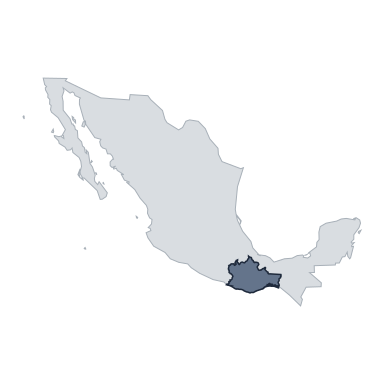 Mexico, with Oaxaca highlighted
{"feature_id": "MEX-2723", "entity_name": "Oaxaca", "entity_type": "State", "adm_level": 1, "iso_a3": "MEX", "parent_name": "Mexico", "parent_adm1": "", "projection": "orthographic", "projection_center": [-96.38, 17.163], "detail": "fine", "context": "in_parent", "style": "filled", "palette": "slate", "viewbox_px": 384, "rotation_deg": 0, "n_neighbors": 0, "source": "natural_earth", "source_scale": "10m", "svg_char_len": 9034}
<svg xmlns="http://www.w3.org/2000/svg" viewBox="0 0 384 384"><path d="M43.2,78.1L66.9,78.5L65.3,80.8L100.8,97.9L129.4,99.9L130.1,94.6L147.9,95.7L150.7,99.6L162.5,110.5L164.9,119.2L167.0,122.7L178.6,129.9L182.6,127.5L185.9,121.2L189.6,119.9L198.3,121.3L205.3,128.6L209.8,138.9L218.0,148.3L218.4,154.3L222.0,161.6L240.8,168.7L243.4,167.7L237.5,186.6L235.3,209.4L236.1,214.3L241.2,220.9L240.1,224.4L240.4,220.8L236.2,215.2L237.5,220.4L242.6,231.2L250.9,241.5L252.8,247.9L258.7,254.5L257.1,254.3L260.5,255.9L259.4,254.9L265.6,255.7L270.0,257.9L274.0,262.1L284.4,258.8L292.1,258.2L297.2,255.6L302.6,255.0L303.7,255.9L303.3,257.3L307.7,258.0L310.6,255.9L309.8,252.6L308.3,253.4L308.7,252.7L316.5,246.9L316.9,242.3L319.1,239.6L318.9,232.1L320.2,226.6L326.1,223.2L336.6,221.1L341.2,219.0L346.3,218.4L354.9,219.9L355.5,218.7L353.3,218.7L356.1,217.7L359.7,220.0L360.5,223.2L359.0,227.7L353.8,234.8L353.8,239.3L351.1,242.1L351.7,243.1L354.2,242.6L351.6,245.6L351.7,246.7L353.5,246.3L350.6,257.7L349.7,258.8L347.8,256.3L347.2,252.1L344.9,256.6L342.3,257.0L339.3,263.0L335.5,263.1L335.3,265.0L314.2,265.7L314.4,272.5L309.5,272.6L321.3,282.8L321.1,286.7L306.1,287.2L300.8,297.0L302.4,299.4L300.6,305.9L289.5,295.1L280.6,287.8L275.2,285.1L274.6,285.8L279.6,288.3L271.9,286.1L272.4,284.3L270.3,285.1L269.1,283.5L267.7,285.2L270.3,286.0L266.3,286.5L262.5,288.9L250.2,292.9L242.3,289.7L235.7,289.0L231.2,286.1L226.7,284.8L223.9,282.0L213.1,279.6L199.8,273.4L191.2,267.7L187.7,263.9L178.7,262.3L170.3,258.8L165.1,252.5L153.7,246.2L147.9,237.8L146.1,232.7L150.9,230.6L150.2,228.4L148.2,227.6L151.5,224.0L152.0,219.5L149.6,217.9L147.5,213.3L147.8,209.2L146.4,205.4L140.1,198.2L134.8,189.6L126.3,182.0L128.8,183.5L129.1,181.9L124.4,180.1L121.3,174.3L123.8,174.6L117.2,170.4L116.4,168.4L113.7,169.0L113.4,168.1L115.6,166.0L112.1,167.5L110.2,165.7L110.1,162.0L112.9,158.9L113.7,159.6L112.3,156.1L110.4,153.9L107.5,153.8L106.0,149.1L102.6,147.9L100.7,145.8L99.7,141.7L100.9,139.3L94.8,137.6L85.7,124.2L85.5,121.2L84.0,120.2L79.4,104.2L79.5,99.4L80.4,98.0L75.0,95.5L74.0,92.9L72.3,91.9L70.1,93.1L63.1,87.8L64.0,90.9L62.1,96.5L63.1,101.3L63.2,110.2L70.0,118.7L71.9,124.1L73.1,124.0L73.5,125.7L74.6,125.9L75.3,129.4L77.4,130.7L77.9,137.9L81.6,141.9L82.5,146.0L84.3,147.5L85.2,152.4L86.8,153.7L86.2,150.0L88.3,152.3L90.0,163.5L92.4,166.9L95.2,175.1L94.4,178.4L94.8,181.4L97.7,184.6L99.1,181.7L107.3,192.8L106.1,196.6L102.3,199.2L100.2,199.4L97.2,190.6L84.1,178.0L82.8,178.1L80.4,174.2L80.1,171.8L81.5,166.5L80.8,161.3L79.1,157.5L72.9,152.5L72.1,148.0L70.6,149.8L67.1,150.3L65.0,147.1L59.2,143.5L58.6,140.9L54.5,136.8L54.3,135.5L58.9,136.7L61.8,135.9L61.7,137.0L63.9,138.5L63.4,135.5L62.3,135.2L65.4,129.6L58.1,117.7L51.5,112.2L50.5,109.7L51.2,105.6L49.6,104.1L49.8,99.5L47.8,97.3L48.0,94.5L45.5,89.9L45.3,87.9L46.6,86.6L44.7,84.7L43.2,78.1ZM85.3,124.4L84.1,127.1L81.8,126.0L83.3,121.8L84.8,121.5L85.3,124.4ZM75.6,123.0L72.6,119.6L72.1,116.4L73.7,117.6L73.9,119.4L75.5,120.0L75.6,123.0ZM359.2,233.6L358.2,232.7L358.6,231.4L361.0,230.2L359.2,233.6ZM80.1,177.8L77.9,174.6L80.1,168.8L79.1,174.1L80.1,177.8ZM53.3,132.7L51.5,132.1L53.2,129.1L53.7,131.5L53.3,132.7ZM24.2,119.0L23.0,116.8L23.5,115.9L24.1,116.1L24.2,119.0ZM82.3,178.1L83.6,180.5L80.6,178.0L82.3,178.1ZM137.7,217.4L137.3,218.3L136.5,217.9L136.2,216.2L137.7,217.4ZM96.4,173.1L96.8,174.9L95.4,172.5L96.4,173.1ZM91.5,160.6L92.3,161.5L90.8,163.0L91.5,160.6ZM85.8,249.0L85.1,249.2L84.2,248.4L85.1,247.5L85.8,249.0ZM306.2,255.0L304.4,255.4L307.6,254.3L306.2,255.0ZM104.0,184.0L103.1,183.7L103.1,182.0L104.0,184.0Z" fill="#d9dde1" stroke="#a8b0b8" stroke-width="1"/><path d="M278.3,287.8L275.6,286.7L275.0,286.4L274.5,286.3L272.8,286.2L272.5,286.2L272.3,286.1L272.1,286.2L271.9,286.2L271.4,286.2L271.2,286.1L271.1,285.9L271.3,285.8L272.3,285.4L272.7,285.1L272.8,284.6L272.7,284.5L272.2,284.3L271.9,284.1L271.7,284.2L271.6,284.4L271.4,284.5L271.1,284.7L271.2,284.8L270.7,285.0L270.5,285.3L270.3,285.4L270.2,285.2L270.2,284.9L270.3,284.8L270.5,284.7L270.4,284.4L270.3,284.2L270.1,283.8L270.1,283.7L269.7,283.4L269.3,283.4L269.0,283.6L268.8,283.8L268.3,284.5L268.2,284.6L267.5,284.6L267.6,284.8L267.3,284.9L267.3,285.0L267.1,285.2L267.2,285.3L267.4,285.4L267.9,285.5L268.3,285.6L269.0,285.5L269.4,285.4L269.5,285.4L269.7,285.1L269.8,285.1L269.9,285.3L269.6,285.5L269.1,285.6L268.7,285.6L269.1,285.7L270.2,285.7L270.5,285.8L270.7,286.1L270.0,286.0L269.1,286.0L267.1,286.4L266.7,286.4L266.2,286.3L266.2,286.6L265.7,286.6L265.2,286.7L265.0,286.8L265.0,287.0L264.8,287.1L264.6,287.2L264.6,287.3L264.4,287.4L264.3,287.5L264.0,287.5L263.8,287.7L263.5,288.0L263.6,288.3L263.4,288.4L263.2,288.5L262.9,288.6L262.9,288.8L262.2,288.9L262.1,289.1L261.2,289.2L261.1,289.3L260.8,289.4L260.7,289.5L260.2,289.7L259.7,289.8L259.1,289.9L258.8,290.1L258.3,290.3L257.6,290.5L256.7,290.7L256.6,290.9L256.2,291.0L255.9,291.2L255.6,291.2L255.3,291.5L255.1,291.5L254.8,291.6L254.7,291.7L254.7,291.8L253.8,292.3L253.4,292.5L252.8,292.5L252.0,292.5L251.2,292.4L251.0,292.5L250.7,292.7L250.5,292.8L250.3,292.8L249.8,292.7L249.7,292.8L249.0,292.6L248.2,292.2L246.8,291.9L246.3,291.9L245.3,291.3L244.2,291.0L243.9,290.7L244.0,290.7L243.8,290.4L243.6,290.4L243.3,290.2L242.6,289.8L242.1,289.6L241.4,289.4L241.2,289.4L240.4,289.3L240.2,289.4L239.1,289.3L238.3,289.0L238.0,289.1L237.3,288.9L236.8,288.9L236.5,289.1L235.4,288.8L235.2,288.7L234.7,288.5L233.4,287.5L233.0,287.2L231.8,286.6L231.4,286.4L231.0,286.2L230.8,286.0L231.5,286.2L231.8,286.3L232.0,286.1L231.8,286.1L231.5,285.9L231.4,286.0L231.1,285.9L230.9,285.8L230.8,285.7L230.7,285.7L230.7,285.8L230.3,285.8L229.1,285.4L227.6,285.1L226.6,284.7L226.4,284.7L226.5,284.4L226.7,284.2L227.0,284.1L227.3,284.1L228.2,284.0L228.5,283.8L228.8,283.5L229.1,283.2L229.1,282.8L228.8,282.2L228.8,281.9L228.9,281.6L229.3,281.5L229.9,281.6L230.1,281.5L230.2,281.4L230.3,281.0L230.2,280.7L230.0,280.0L230.3,279.9L230.8,280.0L231.0,280.0L231.5,279.7L231.8,279.4L231.9,279.2L232.0,279.1L232.2,278.0L232.2,277.6L232.7,276.9L232.8,276.5L232.9,276.2L232.4,275.3L231.7,274.4L231.2,273.8L231.0,273.7L230.5,273.7L230.3,273.7L230.1,273.4L229.9,273.0L229.7,272.8L229.3,272.6L229.1,272.5L229.1,272.2L229.2,271.8L229.2,271.5L229.1,271.2L229.2,270.9L229.2,270.7L229.1,270.4L228.6,269.9L228.5,269.6L228.6,269.4L228.7,269.2L228.5,268.8L228.4,268.5L228.6,267.8L228.8,266.8L229.2,265.9L229.1,265.7L228.9,265.5L229.4,265.1L229.8,265.3L230.2,265.2L230.5,264.9L230.7,264.5L230.9,264.1L231.0,264.0L231.1,263.9L231.3,263.9L232.9,263.9L233.9,263.8L234.0,263.8L234.1,264.6L234.2,265.0L234.3,265.1L234.6,265.3L235.2,265.0L235.3,264.9L235.9,264.4L236.1,264.2L236.0,263.7L235.9,263.6L235.7,263.3L235.5,263.1L235.3,262.9L235.2,262.8L235.1,262.6L235.2,262.3L235.4,261.9L236.2,260.6L236.3,260.4L236.5,260.4L236.8,260.4L237.2,260.0L237.6,259.8L237.6,260.3L237.3,261.3L237.1,261.8L237.2,262.2L237.3,262.3L237.5,262.5L237.9,262.7L238.3,263.0L238.4,263.6L238.9,264.3L239.0,264.4L239.1,264.5L239.3,264.5L239.5,264.5L239.6,264.4L239.7,264.2L240.1,263.4L240.5,262.9L240.9,262.5L241.6,262.2L242.2,262.1L242.4,262.1L243.2,262.5L244.3,262.8L244.6,262.8L245.0,262.5L245.2,262.1L245.4,261.8L245.8,261.4L246.0,261.3L246.7,261.1L247.0,260.8L247.2,260.6L247.4,260.2L247.6,259.7L247.7,259.3L248.5,258.5L248.7,258.1L248.8,257.8L248.8,257.3L248.5,256.5L248.5,256.1L249.3,256.8L249.7,257.1L250.1,257.2L251.0,257.4L251.2,257.5L251.4,257.7L251.8,259.1L252.0,259.6L252.3,260.0L252.9,260.3L253.1,260.6L253.3,260.8L253.5,261.8L253.8,262.0L254.1,262.0L254.2,262.3L254.3,262.5L254.6,262.6L254.8,262.6L255.1,262.3L255.2,262.2L255.3,262.2L255.7,262.3L256.2,262.3L256.5,262.3L257.2,262.5L257.7,262.6L258.0,262.8L258.3,263.1L258.6,264.0L258.8,264.3L258.5,264.9L258.2,265.4L257.4,266.4L257.2,266.9L257.2,267.2L257.4,267.6L258.5,269.9L258.7,270.1L259.3,270.3L259.7,270.2L260.1,270.0L260.4,270.1L260.7,270.2L260.8,270.1L261.0,270.0L261.3,269.9L261.3,269.7L262.0,269.3L262.2,269.2L262.5,268.8L262.8,268.7L263.0,268.6L263.6,268.6L263.6,268.4L264.0,268.4L264.2,268.2L264.4,268.1L264.5,267.8L264.6,267.7L264.9,267.9L265.0,267.8L264.9,267.6L265.0,267.5L265.4,267.5L265.5,267.6L265.5,267.8L265.4,268.5L265.0,268.8L264.9,268.9L264.8,269.3L265.9,270.6L266.6,271.3L266.9,271.7L267.5,271.9L267.8,272.0L268.0,272.2L268.1,272.5L267.9,272.7L267.9,272.8L268.1,273.5L268.5,273.8L269.3,273.9L270.7,273.9L273.7,274.1L280.9,274.5L281.0,274.8L281.0,275.1L281.0,276.1L280.7,276.1L280.6,276.3L280.6,276.6L280.6,277.6L279.9,278.2L279.2,278.6L279.0,279.0L279.1,279.9L279.1,280.2L279.1,280.7L279.0,280.9L278.3,281.8L278.1,282.3L278.2,282.8L278.3,283.0L279.0,284.4L279.1,284.8L279.2,285.2L279.1,285.6L279.0,286.1L278.9,286.2L278.6,286.7L278.4,286.5L278.2,286.3L278.2,286.2L278.1,285.8L277.9,285.7L277.5,286.0L277.0,286.0L276.5,285.9L276.0,285.6L275.6,285.3L275.3,285.0L275.2,284.9L274.9,284.9L274.7,285.0L274.7,285.4L274.7,285.6L274.8,285.7L274.8,285.8L274.6,285.8L275.6,286.5L276.2,286.8L276.5,286.7L275.6,286.4L275.9,286.3L276.4,286.5L276.6,286.5L276.9,286.5L277.0,286.6L277.6,286.9L277.6,287.0L278.3,287.2L278.5,287.3L278.3,287.8Z" fill="#64748b" stroke="#1e293b" stroke-width="1.5"/></svg>